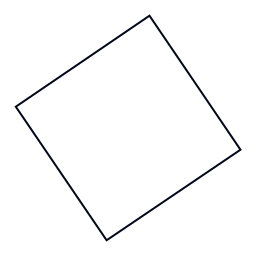 outline of Dickens, Texas, United States of America, rotated 326°
{"feature_id": "52423323B72793142672199", "entity_name": "Dickens", "entity_type": "district", "adm_level": 2, "iso_a3": "USA", "parent_name": "United States of America", "parent_adm1": "Texas", "projection": "robinson", "projection_center": [-100.831, 33.616], "detail": "fine", "context": "isolated", "style": "outline", "palette": "ink", "viewbox_px": 256, "rotation_deg": 326, "n_neighbors": 0, "source": "geoboundaries", "source_scale": "gbopen_adm2", "svg_char_len": 220}
<svg xmlns="http://www.w3.org/2000/svg" viewBox="0 0 256 256"><g transform="rotate(326 128 128)"><path d="M46.9,47.6L47.5,209.1L209.1,208.9L208.6,46.9L46.9,47.6Z" fill="none" stroke="#020617" stroke-width="2"/></g></svg>